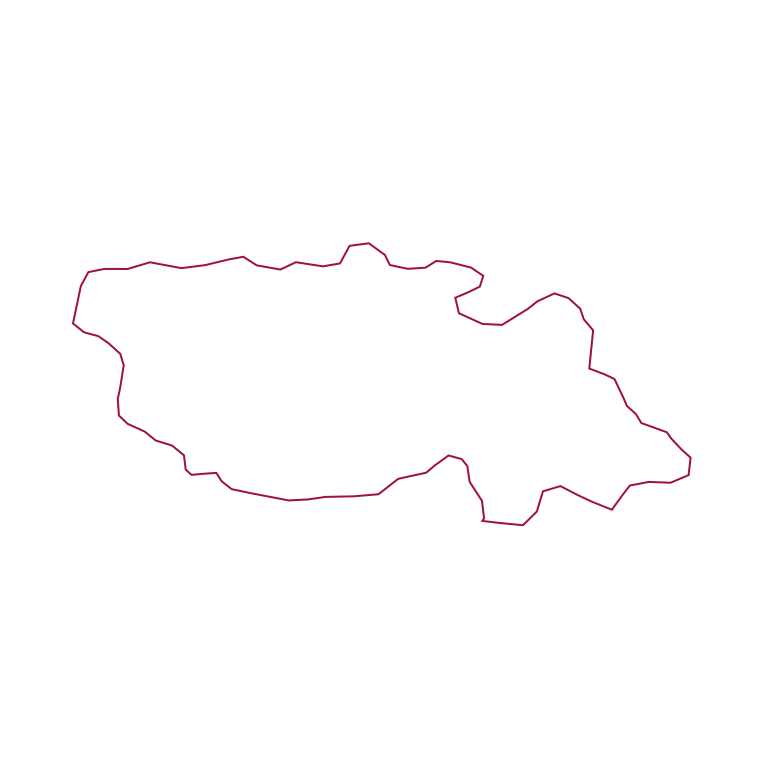 the district of Hylte, Halland, Sweden, rotated 192°
{"feature_id": "70781695B16577787693192", "entity_name": "Hylte", "entity_type": "district", "adm_level": 2, "iso_a3": "SWE", "parent_name": "Sweden", "parent_adm1": "Halland", "projection": "robinson", "projection_center": [13.281, 56.995], "detail": "fine", "context": "isolated", "style": "outline", "palette": "rose", "viewbox_px": 768, "rotation_deg": 192, "n_neighbors": 0, "source": "geoboundaries", "source_scale": "gbopen_adm2", "svg_char_len": 1384}
<svg xmlns="http://www.w3.org/2000/svg" viewBox="0 0 768 768"><g transform="rotate(192 384 384)"><path d="M428.1,518.5L446.4,512.0L452.1,492.8L468.1,486.4L495.5,484.8L509.2,474.4L533.2,473.6L548.0,479.2L561.7,473.6L583.4,463.2L606.2,455.2L638.2,454.4L658.7,443.2L681.5,438.4L696.4,432.0L700.9,416.9L700.8,378.5L696.3,376.3L688.2,372.2L673.4,371.4L661.9,366.6L648.2,358.6L642.5,348.2L641.3,325.9L641.3,314.0L636.7,298.0L626.4,291.7L608.2,287.7L595.6,281.3L578.5,279.7L564.8,272.6L560.2,259.1L553.4,255.1L543.1,258.3L529.5,262.2L522.6,255.1L511.2,249.5L491.8,249.5L453.1,250.3L434.9,255.1L417.8,261.4L390.4,267.8L366.5,275.0L350.5,294.1L340.3,298.8L324.3,306.0L317.5,314.8L306.0,327.5L292.4,326.7L285.5,321.1L279.8,306.0L263.9,290.1L258.2,273.4L259.3,270.5L240.1,272.3L218.7,274.8L208.0,291.0L206.2,312.1L190.2,320.8L172.4,315.9L156.3,312.1L135.0,308.4L127.8,324.6L122.4,335.8L104.6,343.3L83.2,347.0L67.1,358.2L68.8,375.7L79.5,381.9L92.0,390.6L97.3,395.6L124.1,399.3L131.2,406.8L133.8,408.4L141.9,413.1L147.2,420.6L159.6,436.8L170.3,439.3L186.4,441.8L190.6,480.0L202.0,488.8L207.7,498.4L221.4,506.4L236.2,508.0L251.1,496.8L259.1,487.2L268.3,478.4L280.8,466.4L300.2,463.2L325.4,468.8L332.2,483.2L320.8,491.2L310.5,499.2L309.4,510.4L323.1,516.0L344.8,516.8L358.5,515.2L367.6,506.4L384.7,501.6L403.0,501.6L409.9,510.4L428.1,518.5Z" fill="none" stroke="#9f1239" stroke-width="2"/></g></svg>